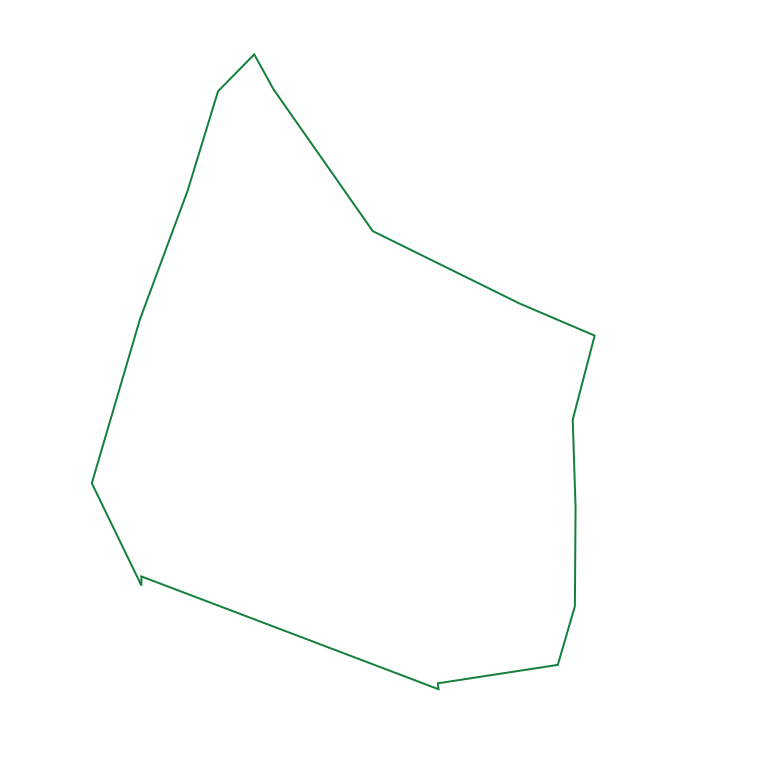 67, Ad Dawhah, Qatar, rotated 198°
{"feature_id": "91078587B3591736578448", "entity_name": "67", "entity_type": "district", "adm_level": 2, "iso_a3": "QAT", "parent_name": "Qatar", "parent_adm1": "Ad Dawhah", "projection": "robinson", "projection_center": [51.491, 25.342], "detail": "fine", "context": "isolated", "style": "outline", "palette": "green", "viewbox_px": 768, "rotation_deg": 198, "n_neighbors": 0, "source": "geoboundaries", "source_scale": "gbopen_adm2", "svg_char_len": 394}
<svg xmlns="http://www.w3.org/2000/svg" viewBox="0 0 768 768"><g transform="rotate(198 384 384)"><path d="M237.9,110.6L240.3,116.0L131.9,170.6L133.8,231.7L163.7,325.9L193.5,408.4L198.6,495.1L279.7,502.4L441.9,525.9L580.0,630.0L609.3,657.4L632.3,611.1L630.5,507.0L636.1,369.6L631.2,199.3L552.4,117.3L555.3,126.0L245.1,110.9L237.9,110.6Z" fill="none" stroke="#15803d" stroke-width="2"/></g></svg>